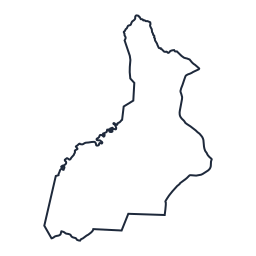 outline of Nueva Arcadia, Copán, Honduras
{"feature_id": "27666195B2783617949739", "entity_name": "Nueva Arcadia", "entity_type": "district", "adm_level": 2, "iso_a3": "HND", "parent_name": "Honduras", "parent_adm1": "Copán", "projection": "mercator", "projection_center": [-88.713, 15.107], "detail": "fine", "context": "isolated", "style": "outline", "palette": "slate", "viewbox_px": 256, "rotation_deg": 0, "n_neighbors": 0, "source": "geoboundaries", "source_scale": "gbopen_adm2", "svg_char_len": 5742}
<svg xmlns="http://www.w3.org/2000/svg" viewBox="0 0 256 256"><path d="M124.6,40.4L129.8,55.8L130.4,60.0L129.8,67.0L129.7,72.1L130.3,78.5L134.3,82.9L133.3,100.6L123.7,106.5L122.1,119.8L121.8,119.9L121.5,120.1L120.8,121.1L119.7,122.2L119.3,122.5L118.6,122.7L117.5,123.4L117.2,123.8L117.2,124.0L117.4,124.2L117.4,124.4L117.2,124.6L117.0,124.8L116.7,124.8L116.4,124.8L115.6,124.4L115.3,124.2L114.6,123.4L114.3,123.2L113.8,123.1L113.6,123.2L113.5,123.3L113.4,123.7L113.7,124.1L113.9,124.2L114.5,124.5L115.0,124.9L115.8,126.7L116.1,127.6L116.2,128.0L116.1,128.7L115.9,129.2L115.7,129.3L115.4,129.3L114.1,129.0L113.5,129.0L113.3,128.8L112.7,128.0L112.5,127.8L112.1,127.8L111.7,128.0L110.3,128.5L110.1,128.7L109.9,129.2L109.9,129.6L110.0,129.9L110.2,130.0L112.0,129.9L112.3,130.1L112.4,130.4L112.5,131.1L112.3,131.6L111.9,131.8L111.2,132.0L110.2,131.9L109.8,131.8L109.6,131.7L109.3,131.3L108.8,130.0L108.4,129.5L107.8,129.6L107.2,129.7L107.1,130.0L106.8,131.5L106.7,131.8L106.5,132.0L105.9,132.4L104.8,132.9L104.0,133.3L103.3,133.4L103.1,133.6L103.2,133.9L103.5,134.2L104.3,134.6L104.6,134.8L104.5,135.8L104.3,136.2L104.1,136.4L103.8,136.6L103.5,136.5L102.4,135.5L101.8,135.1L101.0,134.9L100.2,135.0L99.8,135.3L99.6,135.7L99.3,136.6L99.0,137.2L98.1,138.0L97.1,138.5L96.7,138.9L96.6,139.2L96.6,139.5L96.7,139.8L97.0,140.1L97.5,140.2L99.9,140.4L101.7,141.7L102.1,142.1L102.3,142.5L102.2,143.0L101.9,143.4L101.7,143.5L100.6,143.2L99.6,143.1L99.4,143.3L99.1,143.9L98.9,144.8L98.7,145.1L98.4,145.3L97.9,145.5L97.1,145.6L96.6,145.5L96.3,145.3L95.8,143.4L95.4,142.6L94.9,142.1L94.3,141.9L93.2,141.9L91.6,142.0L88.5,142.5L85.8,142.7L84.7,143.1L84.3,143.3L83.5,143.9L82.8,144.2L82.5,144.3L81.5,144.3L80.6,144.2L80.2,144.1L80.0,143.9L79.8,143.7L79.6,143.7L79.2,143.8L78.9,144.0L77.3,145.5L76.4,146.0L76.0,146.4L75.9,146.6L76.1,146.9L77.4,148.5L77.4,148.8L77.4,149.0L77.2,149.2L75.2,150.3L75.0,150.5L74.8,151.0L75.0,151.7L74.9,152.4L74.8,152.8L74.2,153.8L73.8,154.9L71.3,157.7L70.4,159.2L69.9,159.5L69.6,159.6L69.3,159.6L69.0,159.4L68.2,158.8L67.5,158.4L67.2,158.3L67.0,158.2L66.6,158.4L64.9,159.7L64.8,160.2L65.0,160.8L65.2,161.0L65.6,161.3L65.9,161.5L66.1,162.2L66.2,162.9L66.0,163.6L65.4,164.3L64.8,164.8L64.1,165.2L63.5,165.5L62.7,165.6L62.3,165.8L61.6,166.3L61.3,166.6L61.2,166.8L61.3,167.0L61.9,167.3L62.1,167.3L62.9,166.7L63.2,166.6L63.8,166.6L64.2,166.8L64.4,167.1L64.4,167.7L64.2,168.2L63.8,169.0L63.7,169.7L63.5,169.8L63.1,169.8L62.9,169.6L62.5,169.1L61.8,168.8L61.4,168.8L61.0,169.1L60.5,169.6L60.0,170.3L59.5,171.9L58.6,173.9L58.5,175.2L55.8,176.0L44.3,225.7L51.5,238.3L52.4,238.1L52.9,237.8L53.7,237.4L54.5,236.7L55.3,236.3L56.7,235.9L58.0,235.7L58.8,235.5L60.2,234.7L60.4,234.5L60.6,234.1L61.2,231.9L61.3,231.4L61.5,231.3L63.5,231.9L64.4,232.4L65.4,233.2L66.2,233.6L68.6,234.0L69.9,234.5L70.3,234.7L70.6,235.0L71.5,236.5L72.2,237.0L73.0,237.4L75.6,238.1L76.0,238.4L77.0,239.8L77.4,240.0L78.9,240.5L80.1,240.6L80.6,239.8L80.8,239.5L81.1,239.2L81.6,238.9L82.5,238.6L83.5,237.9L86.7,235.5L87.9,234.9L88.9,234.2L91.3,232.3L92.2,231.3L92.7,230.7L93.1,229.9L93.3,229.1L121.6,230.5L128.3,213.8L164.7,215.0L165.4,209.3L165.8,204.9L165.8,203.5L165.8,202.5L165.7,202.2L165.4,201.8L165.4,201.6L165.5,201.1L166.2,199.9L167.4,198.0L169.0,195.6L170.0,194.3L172.5,191.2L177.0,186.2L177.5,185.7L178.4,185.1L179.1,184.4L179.7,183.9L180.1,183.2L180.4,182.9L185.7,179.0L186.9,178.0L189.2,175.7L189.6,175.4L190.1,175.2L190.9,175.2L196.2,175.6L201.1,174.7L202.6,174.0L205.9,171.9L208.2,170.4L208.9,169.7L209.5,169.1L210.0,168.3L210.4,167.5L210.7,166.5L210.8,165.8L211.0,161.6L211.6,159.6L211.7,159.2L211.0,158.4L209.4,157.0L207.9,155.3L207.3,154.3L206.6,152.8L205.5,151.4L205.0,150.4L204.4,148.6L204.0,146.6L203.4,140.0L203.0,138.7L202.4,137.3L201.4,135.9L199.8,134.0L199.3,133.5L197.8,132.4L196.7,131.4L195.7,130.4L190.5,126.4L187.1,124.2L185.5,123.0L185.2,122.7L184.6,121.6L183.7,120.5L181.8,118.7L180.8,117.4L180.4,116.7L180.1,116.1L179.9,115.4L179.7,114.5L179.6,112.5L179.8,110.9L181.5,101.8L182.0,99.1L182.1,97.8L182.1,96.9L181.8,95.9L181.3,94.0L180.6,92.1L180.5,91.5L180.5,90.8L180.8,89.7L181.2,88.2L182.5,84.9L184.2,79.8L185.4,76.4L185.7,75.9L186.0,75.5L186.6,75.1L187.3,74.7L188.1,74.3L189.9,73.7L191.0,73.2L191.8,72.8L192.7,72.2L194.1,71.5L198.6,69.4L198.9,69.1L199.1,68.9L199.2,68.6L199.1,68.4L198.6,67.9L195.0,64.8L193.9,64.1L192.8,63.2L191.8,62.2L189.6,59.5L187.0,58.5L185.3,58.1L184.0,57.7L181.5,55.9L176.9,51.4L176.1,51.5L175.1,51.4L174.8,51.1L174.1,50.1L172.5,50.3L171.3,50.6L170.5,51.0L169.8,51.5L169.4,52.2L169.0,52.5L168.6,52.8L168.1,52.8L167.6,52.6L167.1,52.0L166.6,51.7L166.3,51.7L165.7,51.8L164.9,51.8L164.1,51.6L163.6,51.1L163.0,50.5L162.3,49.8L161.9,49.3L161.0,49.0L160.7,48.2L160.1,48.3L159.3,48.1L159.0,48.0L158.7,47.7L158.2,46.6L157.4,44.9L157.0,43.6L155.1,40.5L155.0,39.9L154.8,39.1L154.9,38.4L154.1,37.5L154.3,36.4L154.3,36.0L153.8,35.3L153.3,35.0L153.2,34.8L153.1,34.6L153.1,34.2L152.9,33.5L152.6,32.9L152.1,32.1L151.7,29.1L151.2,28.3L150.7,27.3L150.3,26.4L150.1,25.7L150.1,25.0L150.3,24.5L150.5,24.1L150.5,23.9L150.3,23.4L150.3,22.7L150.2,22.3L150.0,22.2L147.5,21.1L146.5,21.1L145.8,21.1L144.6,20.3L144.0,20.4L143.4,20.4L143.2,20.3L143.2,20.0L143.1,19.8L142.5,19.4L141.8,19.2L141.1,19.2L140.9,19.2L140.7,19.0L139.7,17.1L139.5,16.9L139.1,16.8L138.9,16.6L138.6,16.2L138.5,15.8L136.8,15.4L136.5,15.4L136.2,15.5L135.8,15.7L135.6,16.0L135.4,16.4L135.2,16.9L135.2,18.2L135.1,18.8L134.2,20.0L132.3,21.4L132.1,21.6L131.5,22.7L130.8,24.6L130.4,24.9L129.9,25.2L129.5,25.3L128.7,25.5L128.3,25.7L128.0,25.9L127.7,26.4L126.8,28.3L125.6,29.3L125.0,30.7L124.4,31.4L123.9,31.7L123.8,32.0L123.9,32.6L124.5,33.7L124.5,34.9L124.5,35.1L124.7,35.6L125.4,36.8L125.6,37.5L125.6,38.2L125.1,39.5L124.6,40.4Z" fill="none" stroke="#1e293b" stroke-width="2"/></svg>